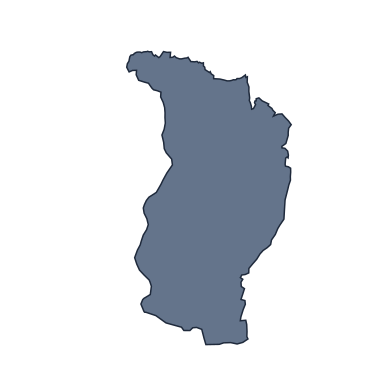 outline of Kato Drys, Larnaca, Cyprus, rotated 28°
{"feature_id": "46923920B44987911839727", "entity_name": "Kato Drys", "entity_type": "district", "adm_level": 2, "iso_a3": "CYP", "parent_name": "Cyprus", "parent_adm1": "Larnaca", "projection": "equal_earth", "projection_center": [33.295, 34.838], "detail": "fine", "context": "isolated", "style": "filled", "palette": "slate", "viewbox_px": 384, "rotation_deg": 28, "n_neighbors": 0, "source": "geoboundaries", "source_scale": "gbopen_adm2", "svg_char_len": 2732}
<svg xmlns="http://www.w3.org/2000/svg" viewBox="0 0 384 384"><g transform="rotate(28 192 192)"><path d="M73.8,99.9L73.6,101.8L74.9,106.1L74.7,109.1L75.8,112.5L80.1,115.5L82.4,112.6L85.9,110.6L87.7,114.7L92.5,118.4L98.5,117.3L102.5,116.4L107.8,119.1L110.1,119.8L113.7,118.9L117.7,118.4L119.7,122.8L124.5,126.4L128.2,130.3L131.0,134.7L133.2,139.0L136.1,143.7L138.0,149.8L138.7,155.8L143.7,161.5L147.2,166.8L150.9,169.5L158.6,172.5L162.0,177.3L160.9,187.0L160.8,195.0L161.0,199.9L160.7,209.1L156.4,216.8L155.7,220.9L155.9,225.4L156.5,229.0L159.7,233.2L164.7,236.8L168.7,241.3L169.6,246.6L169.2,252.9L170.3,259.4L171.1,263.0L171.1,268.9L172.2,276.9L177.1,281.6L182.3,285.6L188.7,287.8L195.5,289.8L197.3,291.3L200.4,294.3L203.3,302.1L199.5,308.5L199.0,310.2L199.5,314.9L205.5,319.9L206.5,320.4L207.9,319.8L218.1,318.1L230.5,319.8L241.3,317.4L246.2,316.3L249.8,318.1L255.2,315.3L256.4,311.5L259.7,309.4L265.1,308.7L271.4,315.6L275.9,320.2L287.6,313.7L290.8,310.3L296.9,306.8L303.2,305.0L307.5,300.9L310.4,295.5L308.3,293.9L306.1,289.4L302.5,283.3L299.7,280.0L295.1,283.0L293.8,279.3L292.4,271.8L291.8,266.1L289.7,263.0L285.7,263.9L284.6,257.6L283.7,252.7L279.9,252.3L277.6,248.7L277.8,245.2L274.9,244.9L274.9,241.9L277.7,239.9L280.1,236.8L278.1,232.8L279.3,227.0L280.7,221.0L281.1,214.8L282.2,210.3L284.5,205.9L286.1,201.5L284.7,197.0L285.5,190.4L284.9,184.0L285.1,180.1L285.9,172.8L281.7,163.7L277.9,155.3L275.2,144.2L274.2,140.4L273.4,135.4L271.6,132.2L269.8,128.1L267.9,124.7L265.2,124.5L262.4,125.3L261.2,123.8L258.8,118.1L259.5,116.5L260.8,116.8L259.8,114.2L257.3,111.0L253.5,109.8L250.7,110.8L249.9,109.5L252.1,105.1L251.3,101.2L250.4,96.9L248.9,94.1L247.4,90.3L248.0,86.0L243.9,84.0L239.3,82.5L234.8,80.8L231.3,83.0L228.3,86.8L228.3,82.9L225.1,81.9L223.3,80.7L218.5,80.0L218.4,78.3L215.4,78.4L211.2,78.6L206.9,77.5L204.9,79.5L205.8,81.4L204.9,82.1L205.3,83.8L207.1,85.0L207.1,89.5L205.8,90.9L204.3,88.6L201.6,85.8L199.7,84.4L198.7,81.8L195.0,76.5L193.0,72.6L191.5,71.2L189.2,69.2L186.8,64.3L185.8,65.6L184.2,63.6L183.0,66.1L182.2,67.8L180.7,69.5L178.5,70.7L178.3,71.9L177.3,72.8L175.8,73.5L174.6,74.9L172.9,76.3L170.8,77.4L168.0,78.0L163.5,79.2L157.9,81.8L156.5,79.0L153.5,78.7L151.6,77.2L151.3,78.3L146.1,77.8L144.6,75.8L143.0,75.4L141.4,72.6L140.2,73.7L137.7,73.9L137.0,74.9L135.2,74.3L133.1,75.9L131.2,76.7L129.7,77.4L128.4,76.6L126.6,75.7L125.3,74.9L124.6,76.0L122.7,77.3L120.1,79.5L118.4,80.3L115.0,80.8L112.7,80.2L111.7,82.1L109.5,83.5L107.5,78.7L104.2,80.5L100.9,81.4L100.3,87.4L99.6,88.9L95.4,88.2L95.1,89.5L93.4,89.3L91.9,88.3L90.4,87.1L88.5,88.3L86.7,88.6L86.2,89.3L85.2,89.9L83.4,91.1L82.2,92.6L80.3,92.9L78.6,93.8L77.3,94.8L76.0,96.8L75.8,98.2L73.8,99.9Z" fill="#64748b" stroke="#1e293b" stroke-width="1.5"/></g></svg>